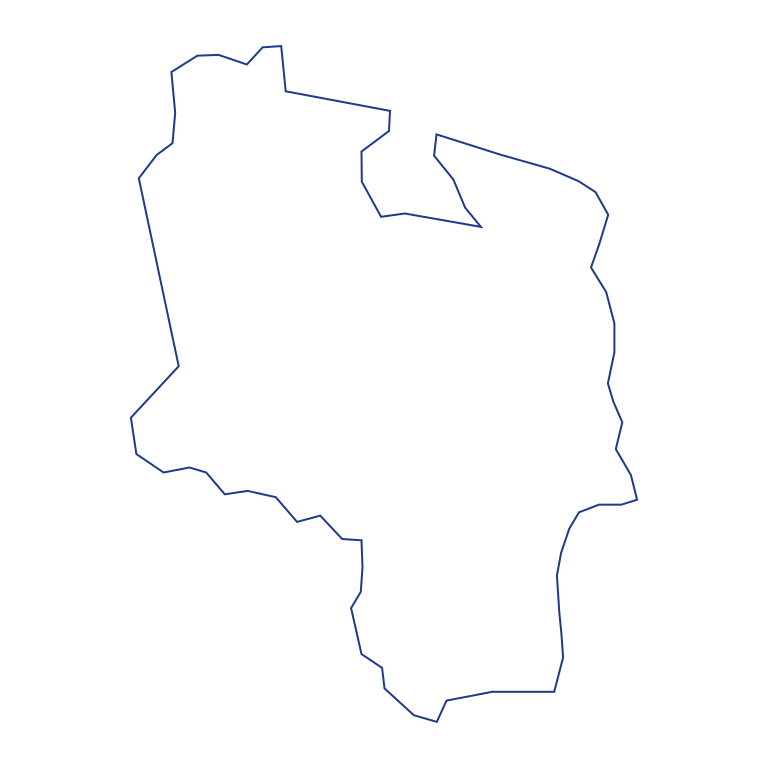 outline of Pareci Novo, Rio Grande do Sul, Brazil
{"feature_id": "56859067B29265026194414", "entity_name": "Pareci Novo", "entity_type": "district", "adm_level": 2, "iso_a3": "BRA", "parent_name": "Brazil", "parent_adm1": "Rio Grande do Sul", "projection": "natural_earth1", "projection_center": [-51.418, -29.613], "detail": "fine", "context": "isolated", "style": "outline", "palette": "blue", "viewbox_px": 768, "rotation_deg": 0, "n_neighbors": 0, "source": "geoboundaries", "source_scale": "gbopen_adm2", "svg_char_len": 984}
<svg xmlns="http://www.w3.org/2000/svg" viewBox="0 0 768 768"><path d="M563.1,657.5L561.4,633.6L559.3,612.3L556.9,575.5L561.1,552.9L569.3,528.6L579.0,512.3L598.9,504.7L621.3,504.7L637.1,499.7L630.9,475.0L615.8,449.1L622.3,422.3L613.4,401.8L607.9,383.4L614.4,352.4L614.4,323.5L606.2,292.1L591.0,267.5L599.3,244.0L608.2,214.7L595.5,192.1L578.6,181.2L549.7,168.7L501.2,154.9L436.5,134.4L434.1,155.7L453.4,179.6L465.1,207.6L480.9,226.9L404.8,213.5L381.1,216.8L361.8,181.7L361.5,151.5L389.0,131.0L390.0,110.9L285.7,91.3L281.2,46.1L262.7,47.3L246.8,64.5L218.6,54.9L197.3,55.7L171.4,72.0L175.2,113.0L172.5,143.2L156.7,154.9L138.8,178.3L178.7,366.2L130.9,417.7L136.4,454.1L163.6,472.5L189.4,467.5L206.2,472.5L224.8,494.3L247.5,490.9L275.8,497.2L297.1,521.9L320.2,515.6L342.2,539.0L361.5,540.3L362.5,567.1L360.8,591.8L351.1,608.1L361.5,654.1L382.1,667.9L384.5,688.4L413.8,715.2L436.8,721.9L446.5,700.6L492.2,691.8L554.2,691.8L563.1,657.5Z" fill="none" stroke="#1e3a8a" stroke-width="2"/></svg>